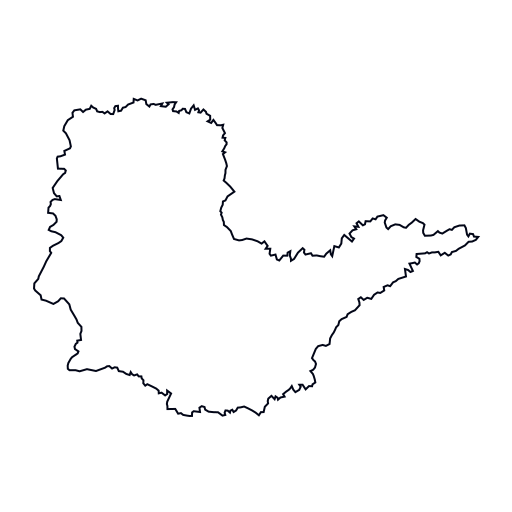 outline of Santana da Boa Vista, Rio Grande do Sul, Brazil, rotated 89°
{"feature_id": "56859067B73250631934504", "entity_name": "Santana da Boa Vista", "entity_type": "district", "adm_level": 2, "iso_a3": "BRA", "parent_name": "Brazil", "parent_adm1": "Rio Grande do Sul", "projection": "orthographic", "projection_center": [-53.19, -30.741], "detail": "fine", "context": "isolated", "style": "outline", "palette": "ink", "viewbox_px": 512, "rotation_deg": 89, "n_neighbors": 0, "source": "geoboundaries", "source_scale": "gbopen_adm2", "svg_char_len": 5822}
<svg xmlns="http://www.w3.org/2000/svg" viewBox="0 0 512 512"><g transform="rotate(89 256 256)"><path d="M106.3,429.1L107.2,435.1L109.6,437.0L113.6,436.6L116.9,441.8L122.8,445.4L127.3,446.5L130.0,443.9L137.0,440.4L143.2,439.2L145.1,440.1L147.6,445.8L151.3,445.2L152.9,449.8L153.2,452.6L155.0,453.4L165.2,452.5L165.5,446.3L167.2,444.7L169.6,445.4L170.9,447.4L177.6,453.3L184.4,458.1L189.6,456.9L192.9,454.2L192.6,451.5L196.6,450.2L195.6,456.2L196.4,458.5L198.4,460.5L200.5,460.2L202.4,461.0L204.0,462.6L209.2,463.1L209.9,458.2L212.3,455.8L215.8,454.6L218.3,454.8L221.4,458.0L223.3,461.4L226.3,462.8L227.7,460.2L228.7,456.1L231.8,450.4L234.3,448.4L237.7,450.4L239.6,453.3L242.2,458.8L244.3,461.9L247.5,462.0L249.3,460.7L257.6,465.8L263.1,468.4L272.5,473.5L275.1,474.1L279.5,478.1L284.6,478.5L286.6,477.4L291.5,472.0L295.8,471.2L297.0,466.8L300.4,459.4L297.8,454.6L294.9,451.9L295.1,448.7L301.1,443.5L306.4,442.2L312.5,438.7L316.3,436.6L319.7,435.4L323.8,431.8L327.9,431.8L330.8,433.0L336.9,432.4L337.5,436.2L339.5,436.0L340.7,437.7L343.5,439.1L345.9,438.6L348.3,435.2L350.3,436.0L353.9,441.6L355.5,443.0L359.7,445.5L362.3,446.2L365.5,446.1L366.9,444.5L367.0,438.5L368.2,434.4L366.2,427.0L368.2,418.0L365.0,408.8L363.7,406.9L363.5,404.6L366.0,401.9L364.8,399.2L365.2,396.7L368.7,395.2L369.4,391.0L371.7,387.7L372.8,384.4L369.9,383.3L372.0,382.0L373.3,380.0L372.3,376.9L374.3,375.4L374.4,372.7L376.4,372.4L378.3,370.7L381.3,370.9L383.7,369.0L382.3,366.9L384.7,362.1L386.8,358.1L388.9,355.7L391.6,355.6L391.0,352.8L393.8,349.3L392.4,347.2L389.0,347.2L392.0,343.3L400.1,347.3L402.4,347.7L404.4,347.2L407.5,347.2L407.5,339.4L412.3,336.6L411.8,333.8L413.6,331.6L414.4,327.7L414.8,325.2L414.8,322.8L411.3,322.6L410.1,321.0L411.0,314.7L406.7,315.2L405.2,312.9L406.1,310.1L408.7,309.5L410.8,306.1L411.4,301.2L411.6,296.7L415.0,292.3L414.4,289.5L412.1,290.1L409.9,289.2L410.1,287.0L412.1,284.8L410.2,284.3L409.3,282.4L411.6,281.1L410.1,278.6L407.3,276.9L407.1,274.1L406.3,270.5L408.2,266.6L410.3,262.7L412.6,259.1L415.3,255.9L412.2,253.8L412.2,251.1L406.9,249.8L403.6,246.5L401.3,246.8L398.8,246.2L396.1,243.0L399.5,239.9L396.7,238.9L398.1,236.9L400.0,236.5L397.9,234.0L397.1,229.9L394.6,231.3L392.1,228.2L390.4,225.6L389.0,224.1L386.7,222.5L390.2,221.1L392.8,219.0L390.6,215.1L387.5,213.6L385.5,214.9L385.5,211.7L390.2,208.7L387.0,205.3L387.2,202.2L385.3,201.7L383.5,198.9L380.5,199.4L376.9,200.4L374.9,201.2L372.0,203.6L370.8,200.9L368.6,199.0L365.0,197.9L362.5,198.8L361.2,200.3L359.1,201.8L349.9,197.8L347.2,195.4L346.1,190.9L347.1,187.7L345.3,184.0L339.7,183.3L336.4,181.5L333.8,179.6L331.1,178.2L328.6,177.1L326.5,174.9L322.7,173.9L320.6,171.5L318.5,166.5L315.8,165.4L313.5,161.6L312.0,158.0L307.0,153.3L304.3,153.4L300.8,154.5L299.1,151.9L301.8,149.1L299.7,145.5L300.9,141.5L296.8,138.6L294.6,135.1L295.1,132.4L292.7,128.4L289.2,128.9L287.6,125.0L288.5,122.4L284.7,119.4L283.6,116.7L281.4,114.1L279.1,106.4L271.6,107.3L272.7,104.1L274.7,101.9L273.7,99.4L266.3,102.7L265.9,100.0L265.3,97.3L267.3,95.1L266.1,93.4L264.0,92.5L261.6,92.7L259.8,95.7L256.8,95.4L256.3,86.9L255.2,84.9L256.5,83.0L255.5,80.1L255.5,77.0L255.0,73.6L258.6,71.3L256.1,67.2L258.9,63.8L257.8,61.3L255.5,60.1L254.4,56.0L252.3,53.2L249.1,46.9L245.5,43.2L245.3,39.6L243.7,35.9L240.8,33.5L240.4,37.7L237.9,38.6L237.4,41.8L240.1,43.3L238.3,44.6L231.7,45.7L229.0,47.1L229.1,52.1L230.7,57.2L233.3,59.7L232.6,62.0L234.0,64.6L236.8,69.3L235.8,72.2L234.3,73.7L238.0,78.2L238.6,80.8L238.7,86.8L235.8,88.4L233.2,88.5L227.6,87.0L226.0,88.6L224.6,92.0L221.8,95.8L225.3,99.6L227.5,102.7L230.4,105.5L229.9,107.8L227.4,111.9L226.8,116.2L228.6,120.8L231.4,123.4L229.8,125.1L224.8,126.7L222.7,126.3L220.0,124.6L217.4,127.9L218.7,133.9L221.4,135.8L220.5,138.7L223.4,141.1L223.1,145.8L226.2,146.5L227.2,148.6L223.2,152.6L225.0,154.9L228.6,153.1L228.1,157.2L231.0,155.3L232.0,159.0L235.2,162.1L238.8,160.3L240.3,157.7L243.2,159.8L236.5,167.4L239.8,169.9L245.1,170.5L248.9,173.0L247.5,177.5L257.5,179.8L255.6,181.1L251.6,181.7L254.9,185.7L257.9,187.9L257.3,191.8L256.5,195.3L256.7,199.5L254.2,201.0L255.4,206.5L253.4,208.0L250.6,207.5L249.0,209.2L253.4,214.0L259.6,218.0L261.4,221.1L259.3,221.1L256.1,222.2L251.8,221.6L253.2,224.3L256.2,224.7L256.1,228.8L260.9,232.8L259.8,235.2L254.9,236.5L255.9,241.1L254.0,242.4L249.0,241.6L248.9,246.2L246.1,244.2L243.9,245.7L241.5,247.3L243.7,250.2L241.3,254.2L239.3,259.7L238.4,265.2L239.8,269.6L240.1,272.7L238.6,277.7L233.7,279.7L230.6,280.8L226.6,284.5L224.5,287.5L221.3,287.6L219.5,288.5L216.7,289.0L214.0,290.3L212.1,289.6L210.6,290.9L207.0,289.9L204.2,288.4L200.9,288.1L199.9,285.6L195.9,283.4L191.3,276.5L189.5,277.9L186.1,280.6L184.3,282.4L182.3,284.4L180.0,287.0L177.8,286.1L174.8,285.7L172.6,285.1L169.3,285.0L165.6,283.5L162.7,284.1L159.2,285.2L153.5,287.3L151.8,285.1L150.8,287.8L147.8,285.9L145.4,284.8L143.8,283.5L141.9,283.4L139.8,285.3L137.4,284.6L137.1,287.4L134.8,286.8L132.6,284.9L129.5,286.4L127.4,287.4L124.2,286.5L124.7,288.8L124.5,292.7L122.5,293.9L119.2,296.2L122.2,298.5L120.5,302.0L118.9,299.4L115.0,299.4L112.9,303.0L111.0,303.5L108.6,306.0L111.7,308.9L111.3,311.1L109.4,310.4L107.4,311.5L108.8,314.4L104.3,315.7L107.5,318.4L112.3,320.2L111.0,323.1L107.7,324.4L107.5,326.7L109.0,328.0L109.6,330.3L111.6,330.8L110.1,333.0L109.7,336.4L107.9,336.9L105.8,335.4L103.0,334.7L100.9,333.2L100.7,336.6L101.2,342.4L102.8,340.8L105.2,343.6L104.5,348.5L101.9,347.0L103.1,353.7L102.2,355.7L102.6,358.8L104.7,360.0L102.2,363.0L98.4,363.6L96.7,368.1L98.4,371.7L96.8,375.5L100.4,375.8L102.3,381.2L104.8,383.8L105.4,386.5L108.4,388.4L108.9,391.1L105.8,391.4L103.4,391.4L103.7,394.0L105.7,395.2L107.6,394.8L111.6,396.3L111.5,398.9L108.8,401.9L110.8,404.9L109.2,407.0L109.4,409.6L108.6,412.3L106.1,413.3L104.7,416.2L102.9,418.1L106.0,419.7L106.7,423.5L109.0,426.4L106.3,429.1Z" fill="none" stroke="#020617" stroke-width="2"/></g></svg>